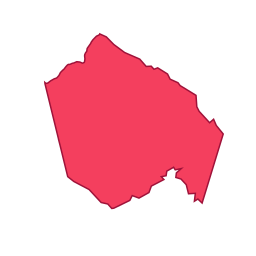 Frederick, Maryland, United States of America, rotated 107°
{"feature_id": "52423323B20560007602633", "entity_name": "Frederick", "entity_type": "district", "adm_level": 2, "iso_a3": "USA", "parent_name": "United States of America", "parent_adm1": "Maryland", "projection": "mercator", "projection_center": [-77.438, 39.47], "detail": "fine", "context": "isolated", "style": "filled", "palette": "rose", "viewbox_px": 256, "rotation_deg": 107, "n_neighbors": 0, "source": "geoboundaries", "source_scale": "gbopen_adm2", "svg_char_len": 1253}
<svg xmlns="http://www.w3.org/2000/svg" viewBox="0 0 256 256"><g transform="rotate(107 128 128)"><path d="M178.1,35.2L171.6,35.2L170.6,35.2L108.7,35.2L105.9,35.2L99.8,44.3L94.6,48.7L99.1,51.5L91.3,64.8L87.6,68.4L76.9,72.5L72.2,90.6L70.1,93.4L69.0,102.0L64.8,106.0L61.8,117.2L64.2,120.3L62.1,123.9L63.8,128.6L58.7,136.9L56.8,153.3L52.3,166.0L47.2,175.4L46.3,182.4L46.6,182.3L47.9,183.3L49.4,185.0L53.8,187.3L56.8,188.3L58.0,188.4L63.8,190.3L66.7,189.9L68.7,190.6L70.5,190.8L71.7,190.6L74.5,189.4L77.0,189.0L77.9,189.0L78.2,189.2L78.9,189.9L79.3,190.6L79.0,193.3L79.6,196.4L81.8,199.0L82.4,200.2L83.9,201.9L84.3,202.5L84.6,203.6L85.4,204.3L87.2,205.2L90.6,206.5L91.0,206.7L91.4,207.1L94.6,208.8L98.0,209.4L100.8,210.7L101.4,211.3L102.5,212.9L105.3,215.6L108.4,217.8L109.0,218.7L109.2,219.1L109.1,220.2L108.8,220.8L110.0,220.3L158.4,191.5L159.0,191.2L165.1,187.5L192.0,171.5L192.2,171.3L195.0,164.1L198.2,147.2L207.1,131.9L206.6,125.1L209.7,120.0L208.8,118.1L196.7,105.1L191.4,104.2L191.8,97.0L183.6,89.1L176.7,88.7L166.8,78.6L164.8,81.9L162.5,77.6L157.9,78.3L152.2,72.9L154.2,70.6L151.2,65.2L156.8,68.6L161.3,67.8L161.3,62.4L165.2,55.7L173.2,50.9L170.8,44.5L178.6,43.1L175.5,40.4L178.1,35.2Z" fill="#f43f5e" stroke="#9f1239" stroke-width="1.5"/></g></svg>